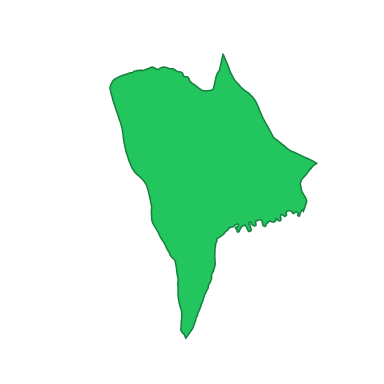 outline of Rovieng, Preah Vihéar, Cambodia, rotated 109°
{"feature_id": "14789045B51869022105306", "entity_name": "Rovieng", "entity_type": "district", "adm_level": 2, "iso_a3": "KHM", "parent_name": "Cambodia", "parent_adm1": "Preah Vihéar", "projection": "orthographic", "projection_center": [105.174, 13.345], "detail": "fine", "context": "isolated", "style": "filled", "palette": "green", "viewbox_px": 384, "rotation_deg": 109, "n_neighbors": 0, "source": "geoboundaries", "source_scale": "gbopen_adm2", "svg_char_len": 5980}
<svg xmlns="http://www.w3.org/2000/svg" viewBox="0 0 384 384"><g transform="rotate(109 192 192)"><path d="M155.5,278.3L156.4,277.9L159.8,276.0L162.2,275.0L167.1,272.4L168.8,271.4L171.0,270.2L174.4,268.1L175.8,267.1L176.2,266.9L179.0,264.6L180.9,263.3L182.9,261.8L187.3,258.0L187.7,257.6L188.6,256.9L189.3,256.0L191.9,252.5L192.3,251.9L193.5,249.4L193.8,248.3L194.6,246.5L195.8,243.6L197.1,241.5L198.8,239.1L200.3,237.3L201.3,236.4L201.7,236.2L202.3,235.8L204.3,234.4L205.8,233.3L206.2,233.1L208.7,231.4L211.6,229.8L214.5,228.0L215.4,227.6L218.2,225.8L221.5,224.4L221.7,224.8L223.5,224.1L224.6,223.7L230.5,221.4L232.2,220.5L233.8,219.3L235.5,217.6L237.7,214.9L241.1,210.8L244.2,208.0L246.3,205.7L248.8,202.3L250.2,200.7L253.5,197.6L254.2,196.8L254.5,196.6L255.2,195.7L256.7,193.8L258.1,192.7L258.6,192.2L259.9,190.6L261.7,186.7L262.5,185.9L264.0,184.7L265.9,183.7L267.0,183.0L270.6,181.2L271.5,180.7L273.0,180.1L274.7,179.2L279.1,176.7L279.8,176.4L283.0,175.7L284.7,175.1L287.6,173.7L291.9,172.4L294.5,171.4L296.6,170.4L297.4,170.1L298.7,169.3L300.6,168.3L304.8,165.5L305.6,164.8L307.9,163.2L309.3,162.5L311.3,161.8L313.3,161.1L315.5,160.4L316.4,160.4L324.6,158.0L325.9,157.8L326.2,157.6L326.3,157.3L326.6,157.0L327.1,156.7L327.4,156.1L327.7,155.9L328.3,155.2L328.5,154.8L328.6,154.3L329.0,153.3L330.2,152.1L331.4,151.1L332.1,150.5L332.2,150.2L325.3,148.2L321.0,147.0L320.0,146.9L316.3,146.8L315.4,146.8L315.3,147.0L314.2,146.9L313.0,146.7L312.1,146.7L310.6,147.1L309.5,147.2L307.6,146.7L306.4,146.7L305.2,147.0L302.1,146.7L298.9,146.5L297.8,146.4L296.4,146.6L294.5,146.6L292.8,146.3L290.9,146.4L288.8,146.4L286.8,146.6L285.4,146.6L283.3,146.2L280.3,146.0L278.8,145.6L277.2,145.5L274.9,146.0L273.2,145.8L272.1,145.5L268.5,145.3L267.1,145.4L264.1,146.5L262.3,146.4L260.9,146.1L259.3,146.0L254.2,146.3L252.2,146.7L250.9,147.2L249.4,148.0L247.6,148.5L246.1,149.3L245.3,149.6L242.4,150.4L239.5,151.4L237.8,151.8L235.7,152.1L234.3,152.6L232.5,152.7L231.0,152.5L230.3,152.6L229.4,152.8L228.0,153.0L227.4,152.8L225.4,151.0L224.8,150.5L223.1,149.5L221.5,148.2L220.2,148.0L219.3,147.7L218.5,147.3L216.8,146.1L215.8,145.6L215.2,145.4L213.7,145.4L213.3,145.3L213.4,144.7L213.1,144.1L211.5,141.8L209.4,140.7L209.0,140.2L208.4,139.7L207.6,138.8L207.3,138.3L207.8,137.6L208.5,137.3L209.1,137.3L209.8,137.5L210.3,137.9L211.0,139.3L211.8,139.3L212.2,138.9L212.5,138.1L212.9,137.6L214.8,136.3L214.9,135.6L214.8,135.1L214.6,134.9L214.0,134.6L212.4,134.6L210.9,134.2L209.4,134.0L208.8,133.8L208.2,133.4L207.4,132.5L206.8,132.1L206.5,131.8L206.2,131.1L206.4,130.5L207.7,128.8L208.9,127.7L209.5,127.3L209.8,126.7L210.5,126.2L210.9,125.7L210.7,124.9L210.2,124.3L209.3,123.7L208.3,123.6L207.1,124.6L205.2,125.9L204.8,126.4L204.2,126.6L203.9,127.0L204.0,127.3L203.0,128.0L202.5,128.1L201.8,127.9L201.4,127.0L201.7,126.4L202.0,126.0L202.7,125.5L203.4,124.3L203.8,123.1L203.6,121.8L203.4,121.1L203.0,120.8L202.5,120.7L201.7,121.0L199.4,122.3L199.0,122.2L197.9,121.1L196.6,119.7L196.2,118.7L196.1,117.4L196.3,116.8L197.3,115.9L198.7,115.2L200.0,114.4L200.8,113.2L200.9,112.7L200.9,112.1L200.2,111.3L198.6,111.3L198.0,111.3L195.9,110.0L195.3,109.9L194.5,109.5L194.2,108.9L194.2,106.0L194.0,105.2L193.8,104.8L193.0,104.1L192.2,103.6L191.6,103.4L190.9,103.4L190.3,103.8L190.0,103.8L189.8,103.5L189.7,103.2L190.1,102.0L190.6,101.5L191.0,100.5L190.9,99.9L190.6,99.4L189.9,98.8L188.9,98.9L187.5,99.6L186.7,100.3L186.1,100.5L185.1,100.8L184.6,100.7L184.3,100.4L184.2,99.3L184.4,98.7L184.7,96.8L184.9,96.2L184.3,95.6L183.0,95.1L182.3,95.4L181.4,96.2L180.8,96.3L180.0,96.2L179.0,95.5L178.3,94.9L177.9,93.0L177.9,92.4L178.0,91.7L178.2,91.1L178.6,90.6L179.3,89.9L179.5,89.4L179.3,89.0L178.7,88.5L178.1,88.1L177.7,88.1L177.2,87.8L177.0,87.6L176.9,87.1L177.1,85.7L177.4,85.1L177.6,84.8L178.2,84.6L179.6,84.5L179.8,84.3L180.1,83.0L179.7,82.6L178.9,82.6L177.7,82.8L175.4,82.5L173.3,82.1L172.9,81.9L172.7,81.5L173.9,80.4L171.5,80.3L166.5,80.4L164.4,80.3L163.3,80.6L160.9,82.2L159.8,83.4L157.5,86.3L156.2,87.7L155.1,88.7L154.2,89.4L151.4,90.8L150.5,91.5L149.5,92.0L148.5,92.3L146.0,92.5L144.5,92.5L139.5,90.2L134.0,88.4L130.6,87.0L127.9,86.1L124.3,83.4L123.4,87.7L122.9,91.1L122.2,99.2L121.1,108.8L121.1,111.2L120.8,112.6L120.2,115.2L119.6,116.7L118.6,119.0L118.0,120.6L117.6,122.0L115.3,128.2L114.4,131.4L113.8,132.6L113.3,133.3L111.4,135.4L110.1,136.8L109.6,137.2L105.6,141.6L98.8,149.2L94.6,153.0L93.7,154.0L90.1,156.9L87.9,159.0L86.4,160.4L84.3,162.9L83.4,164.1L82.6,165.5L80.4,169.8L79.8,171.4L79.4,172.8L78.6,176.1L76.7,180.3L74.9,183.3L73.0,187.1L71.3,189.3L67.9,192.9L67.3,193.7L65.7,195.2L60.4,199.4L56.3,203.3L52.1,206.9L51.8,207.5L61.6,206.4L67.0,205.8L67.4,205.7L68.2,205.8L71.6,206.7L73.8,206.8L75.1,206.8L82.3,205.9L86.3,205.5L87.0,205.5L87.4,205.5L88.7,206.0L89.0,206.2L89.3,206.6L91.0,209.8L91.1,210.2L92.2,212.8L92.7,215.9L92.2,217.1L91.3,220.4L90.8,221.3L90.4,222.9L90.0,223.4L90.1,224.1L89.5,225.4L89.5,226.3L89.1,227.0L89.0,227.8L88.5,228.5L88.7,229.0L88.0,229.7L87.7,230.4L86.9,231.0L85.6,232.0L85.1,232.5L84.8,233.2L84.6,233.9L84.9,235.3L85.4,236.6L85.3,237.1L84.9,237.7L84.5,238.2L82.8,239.5L82.3,240.4L82.3,242.6L82.7,243.6L82.8,245.2L82.6,245.6L82.5,246.7L82.5,247.3L82.3,247.7L81.8,248.0L82.1,249.1L81.9,249.8L81.5,250.1L82.7,252.8L82.7,253.8L82.7,254.5L82.5,255.7L82.7,257.7L82.9,258.4L82.9,258.9L83.3,260.2L84.2,261.3L85.8,262.9L86.2,263.0L86.7,263.4L87.2,264.2L87.4,264.6L87.4,265.7L87.2,266.2L87.3,266.7L86.8,267.6L87.0,268.3L86.8,268.5L86.8,270.2L87.1,270.5L87.1,271.0L87.8,271.5L88.3,272.2L88.9,272.7L90.4,274.7L92.1,276.6L93.1,277.5L93.2,279.8L93.8,279.8L94.1,280.8L94.3,281.7L94.6,282.5L94.8,283.3L95.4,283.7L96.3,285.4L97.1,286.4L98.1,286.8L98.7,287.4L99.1,288.1L99.3,289.1L101.9,292.3L104.2,295.6L106.7,298.3L108.7,300.3L110.1,301.4L111.3,302.5L112.2,302.8L116.5,303.7L119.5,303.6L120.5,303.4L126.2,299.9L127.7,298.7L131.0,296.7L138.5,290.9L139.7,290.1L142.9,287.4L144.6,286.1L146.4,284.9L150.3,281.7L151.5,280.9L155.5,278.3Z" fill="#22c55e" stroke="#15803d" stroke-width="1.5"/></g></svg>